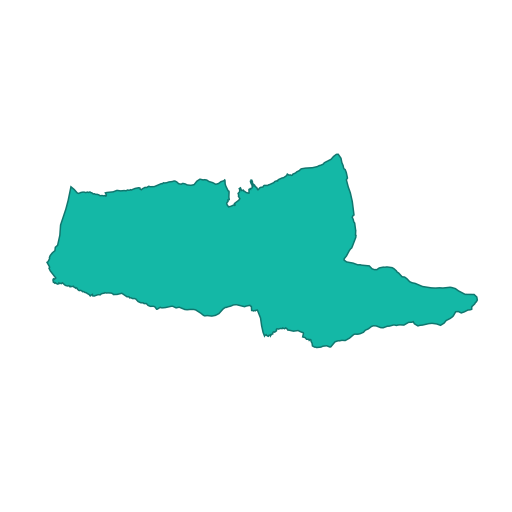 outline of Logresti, Gorj, Romania, rotated 76°
{"feature_id": "2599482B14981850499200", "entity_name": "Logresti", "entity_type": "district", "adm_level": 2, "iso_a3": "ROU", "parent_name": "Romania", "parent_adm1": "Gorj", "projection": "equal_earth", "projection_center": [23.721, 44.889], "detail": "fine", "context": "isolated", "style": "filled", "palette": "teal", "viewbox_px": 512, "rotation_deg": 76, "n_neighbors": 0, "source": "geoboundaries", "source_scale": "gbopen_adm2", "svg_char_len": 6140}
<svg xmlns="http://www.w3.org/2000/svg" viewBox="0 0 512 512"><g transform="rotate(76 256 256)"><path d="M211.6,460.3L216.4,459.0L217.1,459.0L217.8,459.8L220.7,459.2L228.9,455.6L229.8,457.3L229.1,457.8L229.5,458.5L230.7,458.9L232.5,458.9L232.6,458.4L233.5,458.0L233.2,457.5L233.4,457.1L234.0,456.9L235.3,455.2L235.2,454.2L234.4,453.7L235.2,453.0L235.2,451.9L235.7,451.6L235.2,450.3L237.9,448.5L238.7,447.6L239.6,445.8L239.5,444.7L240.9,443.9L240.5,443.3L241.0,442.8L241.2,440.5L241.8,440.4L242.8,439.5L243.0,438.9L243.6,438.7L243.4,438.1L244.2,437.3L245.0,437.3L246.5,436.2L246.8,435.9L246.9,434.4L247.8,433.4L248.7,432.9L248.9,431.7L250.1,430.7L250.6,429.4L251.4,429.0L253.0,427.2L254.6,426.5L253.9,425.2L253.7,424.0L255.1,424.2L255.7,422.7L255.3,418.6L256.0,416.5L255.2,415.1L255.3,411.9L255.0,411.5L255.7,410.2L256.0,408.4L257.0,405.3L258.0,404.1L258.9,403.7L259.7,400.0L259.7,395.2L264.4,391.0L264.6,389.6L265.1,389.0L266.0,388.8L266.3,387.4L267.5,386.0L267.9,384.1L268.7,383.0L271.7,381.4L273.5,379.1L274.2,376.7L275.1,376.1L275.6,373.9L277.8,372.7L279.3,370.7L279.9,367.9L280.4,367.0L281.1,366.3L283.6,365.3L283.7,364.6L282.6,361.4L283.2,360.7L283.6,359.6L284.1,356.5L284.3,350.3L284.6,349.0L287.0,346.1L287.1,342.9L290.7,338.0L291.5,335.7L291.9,332.9L292.7,329.6L293.6,327.7L298.0,323.5L300.9,321.3L301.7,320.2L302.0,317.7L303.6,313.4L303.8,309.7L302.9,305.9L299.4,300.7L298.5,298.4L298.7,297.1L298.5,295.6L298.5,292.6L298.0,289.6L298.5,286.7L302.4,279.4L302.2,277.4L302.4,273.8L303.2,273.5L303.8,272.7L307.8,273.4L308.4,271.9L308.7,271.7L308.6,270.3L309.0,269.7L308.7,269.4L308.7,267.9L309.6,267.6L317.3,266.6L324.9,267.4L331.8,267.6L335.7,267.1L335.3,266.7L334.8,265.1L335.6,264.9L336.9,263.6L336.8,263.2L336.3,263.0L336.0,262.5L336.2,261.5L336.9,261.3L335.9,260.8L336.2,260.2L335.7,259.3L335.6,258.6L335.1,258.7L333.9,257.5L333.9,256.8L334.4,256.3L333.5,254.2L332.1,254.0L331.7,253.2L332.3,252.1L332.2,249.8L332.8,248.2L332.3,247.6L333.5,245.8L332.9,244.6L334.2,243.5L335.6,243.0L335.8,242.2L338.0,237.8L338.5,233.2L340.3,231.1L341.9,228.7L342.7,228.7L345.8,230.3L347.1,228.0L349.0,227.1L349.6,225.0L350.7,224.8L350.1,223.7L350.5,223.1L352.3,223.2L354.2,222.7L356.9,223.0L358.6,221.2L358.8,220.3L359.5,219.3L360.1,215.0L359.7,213.0L360.2,209.1L362.1,206.5L362.3,205.5L358.4,200.1L358.1,196.8L358.5,195.6L358.6,193.0L359.6,189.9L358.3,185.1L355.8,180.1L355.7,179.1L356.5,176.1L356.6,173.8L356.0,170.2L354.4,167.8L353.9,164.7L352.3,161.0L352.1,158.9L352.9,156.3L355.7,152.3L356.4,150.0L355.9,145.5L356.3,143.6L356.2,139.4L356.5,138.2L357.4,136.5L357.3,135.2L357.6,133.0L358.8,129.2L357.3,124.0L358.0,120.7L357.7,119.4L360.1,118.7L363.0,115.8L362.9,113.8L363.3,111.2L363.4,104.9L363.9,101.5L365.6,97.2L367.9,93.7L366.6,89.7L364.6,87.1L363.6,82.8L362.6,80.3L361.9,79.1L358.4,75.7L358.9,73.0L360.9,70.6L360.6,67.4L359.7,63.5L360.0,61.3L359.9,59.6L357.4,58.9L355.4,55.4L354.2,54.3L353.8,53.3L352.2,51.9L349.2,51.7L346.1,53.7L343.8,62.4L338.7,68.1L335.9,70.4L334.0,73.6L333.3,75.2L332.3,82.4L331.3,85.5L330.5,89.8L329.3,93.7L325.9,101.8L321.1,108.2L319.7,111.1L318.1,113.1L314.4,115.2L312.4,116.9L311.5,119.3L307.0,121.7L305.7,123.0L304.4,123.4L301.6,125.3L300.2,126.8L298.3,131.6L298.1,133.5L297.6,135.3L297.4,138.8L297.6,140.0L298.5,141.9L297.9,144.4L296.5,146.5L293.0,148.5L290.4,155.8L289.7,157.1L289.2,159.4L286.4,163.5L283.7,169.5L281.3,171.5L280.0,171.1L277.8,168.2L273.4,164.2L272.0,162.6L271.4,161.3L270.3,160.4L262.1,154.7L260.2,154.0L259.9,154.4L259.5,154.3L254.8,152.9L255.0,153.1L247.9,152.3L246.4,152.9L244.2,152.8L241.7,153.3L240.2,152.0L239.9,151.0L226.5,149.4L217.6,149.2L211.2,149.8L203.9,149.9L202.5,148.4L196.8,148.2L193.7,148.6L192.7,149.5L191.8,149.7L189.4,149.6L186.1,150.1L181.7,149.9L177.2,151.6L176.8,153.4L178.2,156.7L180.3,159.7L181.8,166.1L182.1,167.2L183.1,168.5L183.6,171.0L183.6,172.9L184.1,174.9L184.0,179.8L182.7,186.8L182.4,190.5L182.6,191.7L183.6,193.2L184.2,196.1L185.0,197.5L185.5,200.5L186.2,201.1L186.4,202.0L185.6,203.2L185.5,204.5L184.1,205.8L185.4,206.9L186.7,210.3L186.6,211.9L187.2,215.3L187.9,216.9L188.4,217.0L188.1,218.1L188.3,219.8L189.1,220.9L190.0,225.6L190.0,226.7L190.4,227.5L189.5,230.9L189.8,231.6L190.8,232.7L190.5,234.8L190.8,235.9L192.2,237.8L192.1,238.3L189.6,238.8L188.7,239.8L187.0,240.2L185.2,241.5L184.5,242.7L184.1,242.6L184.1,241.9L183.3,241.9L183.3,241.5L181.7,241.7L181.2,242.3L181.5,242.4L181.5,242.0L182.4,242.2L182.0,243.2L182.4,243.4L184.7,243.2L187.0,242.2L186.7,242.8L188.6,243.0L189.1,243.6L189.3,244.4L189.2,245.0L190.0,245.2L189.5,245.9L189.7,246.7L193.2,247.5L193.3,247.9L192.1,250.1L190.0,251.9L189.9,252.3L189.0,252.4L189.0,254.2L186.1,254.6L186.3,255.3L186.6,256.0L187.8,255.7L190.0,256.6L190.9,258.2L192.8,258.1L193.7,258.6L196.5,257.8L197.7,259.2L199.9,264.2L201.5,264.0L201.7,264.4L201.0,264.8L201.7,268.1L201.7,270.7L199.2,271.7L197.9,271.7L197.1,271.3L196.4,270.0L194.9,269.8L195.0,268.8L194.7,268.3L192.4,268.1L187.2,266.6L186.4,266.7L186.0,267.3L180.7,268.4L178.6,268.5L174.9,267.8L174.6,268.0L175.2,268.8L175.4,272.0L176.6,274.8L176.7,277.7L174.4,280.2L172.3,283.7L170.4,285.4L169.5,287.5L169.4,288.9L167.9,291.8L169.1,295.3L171.8,298.8L171.7,302.0L170.4,305.6L169.0,307.2L168.0,309.1L167.8,309.9L168.3,311.1L167.2,313.5L165.1,314.9L163.8,316.3L163.4,317.3L163.5,319.2L163.1,322.6L163.3,325.0L163.1,326.9L162.6,328.1L163.2,329.4L162.9,330.4L164.1,338.0L163.2,341.9L162.4,343.2L163.1,345.5L162.6,347.1L163.3,350.0L164.0,351.2L163.2,352.2L161.9,352.2L161.4,353.3L161.2,357.0L161.8,361.1L161.3,361.7L161.6,362.5L161.3,364.0L160.9,364.7L161.3,366.3L160.6,368.1L160.1,371.6L158.7,375.0L159.2,379.1L158.3,385.3L158.3,386.9L160.4,386.4L161.3,386.7L161.6,387.3L160.8,387.9L160.9,389.1L160.1,390.7L159.8,392.7L158.7,393.7L157.8,395.1L157.4,396.7L156.5,397.8L156.4,398.9L154.9,400.1L154.5,401.0L153.7,401.6L153.8,403.3L153.2,404.1L153.3,405.9L152.4,407.4L152.1,408.9L152.0,410.5L152.4,412.9L152.0,413.6L151.6,414.2L147.5,416.3L144.1,418.8L156.8,424.9L164.6,429.2L178.6,438.1L188.4,441.3L197.6,445.9L199.0,448.6L202.2,449.8L203.7,452.9L205.8,455.6L207.5,456.8L208.6,456.9L211.3,459.3L211.6,460.3Z" fill="#14b8a6" stroke="#0f766e" stroke-width="1.5"/></g></svg>